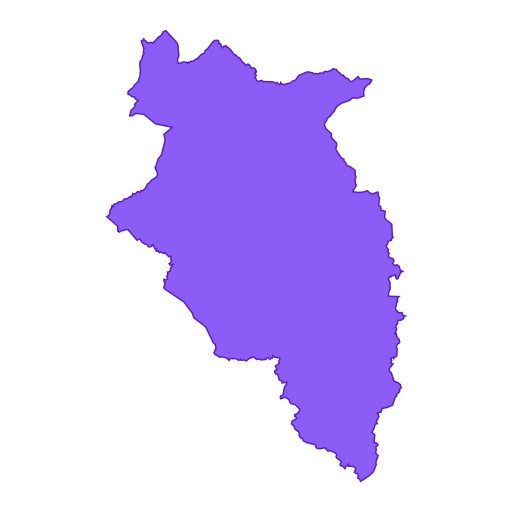 the district of Alto Molocue, Zambezia, Mozambique
{"feature_id": "85939544B55280380491119", "entity_name": "Alto Molocue", "entity_type": "district", "adm_level": 2, "iso_a3": "MOZ", "parent_name": "Mozambique", "parent_adm1": "Zambezia", "projection": "albers", "projection_center": [37.642, -15.703], "detail": "fine", "context": "isolated", "style": "filled", "palette": "violet", "viewbox_px": 512, "rotation_deg": 0, "n_neighbors": 0, "source": "geoboundaries", "source_scale": "gbopen_adm2", "svg_char_len": 5994}
<svg xmlns="http://www.w3.org/2000/svg" viewBox="0 0 512 512"><path d="M247.9,64.0L245.8,65.4L245.0,65.0L244.3,63.3L242.7,62.5L239.5,57.9L237.5,57.0L235.9,55.0L234.1,54.7L230.4,49.5L226.8,46.7L225.9,46.8L225.8,45.1L225.4,46.2L224.1,46.2L222.2,47.8L220.4,43.6L218.9,43.4L218.6,40.8L217.5,40.3L214.5,40.5L212.7,41.9L207.4,49.0L205.5,50.2L204.2,53.3L201.7,54.2L198.1,57.6L198.1,58.8L196.8,58.7L192.7,61.3L190.8,61.3L189.7,62.5L188.7,62.1L187.9,63.3L186.4,62.3L183.2,62.0L179.0,63.6L178.2,63.1L177.4,60.0L178.8,55.7L178.0,45.0L176.8,42.6L165.9,30.7L163.2,31.8L161.0,35.7L158.7,36.9L152.8,43.2L150.8,42.3L149.1,43.1L146.8,42.3L145.4,40.5L143.9,40.1L143.7,38.0L143.5,39.7L141.3,41.0L143.2,46.4L143.9,49.5L143.2,52.2L144.1,53.2L142.5,55.7L141.7,60.0L140.4,60.9L139.7,64.0L140.4,70.2L139.9,77.5L138.8,78.5L138.3,81.4L134.3,85.2L132.5,88.3L130.3,89.4L128.0,91.9L128.1,94.4L129.5,94.6L132.1,96.8L134.4,96.8L135.2,98.8L138.0,100.6L134.6,104.3L135.1,106.0L133.3,108.7L131.3,109.8L129.7,115.8L132.2,115.7L135.9,113.4L143.7,114.2L155.5,123.8L172.3,127.3L163.9,134.4L165.2,139.6L161.5,154.9L158.2,158.8L155.7,167.1L155.0,167.7L157.4,172.7L157.4,175.3L156.3,177.1L151.1,180.5L149.5,183.0L147.7,183.7L144.8,189.2L141.8,190.9L141.0,190.5L140.3,192.2L137.6,191.6L135.6,193.5L133.7,194.1L132.8,193.5L131.8,196.7L130.5,196.4L127.5,198.5L124.2,199.2L122.0,201.6L118.3,202.0L117.2,203.4L114.0,204.3L113.1,205.3L113.2,206.7L111.9,205.9L111.3,208.8L110.5,209.2L109.8,211.4L110.2,212.8L108.9,215.2L106.7,216.7L117.6,226.0L117.9,231.4L119.3,232.1L121.7,230.6L123.1,230.7L125.5,229.5L128.2,229.9L137.0,240.2L139.8,239.0L142.0,242.1L144.8,244.1L146.8,244.4L148.6,246.9L151.0,246.7L152.9,244.6L155.0,248.9L156.6,249.0L156.0,250.5L156.4,251.2L158.5,251.2L159.4,252.7L161.0,252.0L163.7,253.6L164.8,252.6L168.7,256.6L171.1,256.3L170.7,259.1L171.4,261.2L170.7,262.8L169.1,263.7L170.2,265.2L172.9,264.3L171.8,267.0L170.6,267.9L170.1,271.1L167.4,272.2L167.8,274.6L166.7,276.3L167.6,278.9L165.6,280.2L164.4,279.2L163.9,279.5L164.0,281.5L165.2,282.6L164.4,284.2L164.9,285.4L163.7,287.4L164.6,289.0L184.0,302.0L192.2,313.0L193.9,317.8L205.5,326.7L213.1,342.3L215.4,345.0L216.0,348.2L213.9,352.7L214.7,354.1L219.7,357.2L223.1,356.9L227.0,358.3L229.1,360.4L229.6,358.7L235.8,358.6L238.5,360.3L240.3,359.5L241.2,360.3L244.0,360.0L246.4,360.9L248.8,358.8L253.2,356.9L257.0,359.6L258.9,359.0L260.6,359.2L260.9,359.9L266.1,359.4L266.5,357.9L267.9,357.6L270.0,359.5L271.2,358.1L272.4,357.9L272.6,355.7L274.7,357.4L279.5,357.8L279.8,359.3L278.8,361.3L279.1,363.5L275.3,366.1L276.9,369.1L274.7,371.0L274.8,372.4L275.6,373.9L277.1,374.2L278.1,375.4L279.2,379.9L281.9,381.1L282.1,383.0L286.8,382.2L286.4,384.9L285.4,385.4L284.0,388.7L283.1,394.7L280.5,396.2L280.3,398.2L280.8,398.8L284.7,397.3L286.7,398.1L289.1,399.7L289.6,401.8L290.9,403.6L295.3,404.6L299.7,409.3L299.9,410.1L297.8,413.2L294.5,414.8L294.7,416.4L296.6,417.6L296.1,419.2L292.2,420.9L291.4,423.8L293.9,426.1L294.9,429.0L299.4,432.7L299.1,435.5L300.2,437.6L302.7,438.8L303.1,440.7L306.6,442.6L315.2,444.6L316.2,447.7L317.3,448.5L320.4,448.7L324.9,447.7L327.9,451.1L331.4,450.9L335.8,453.4L336.7,454.7L336.1,456.6L336.7,458.0L341.4,461.4L340.1,464.5L340.5,465.7L342.9,466.2L344.9,468.7L345.9,466.4L348.6,464.3L348.4,466.2L353.6,466.6L355.9,468.4L354.4,472.1L355.8,473.3L357.7,473.7L358.3,475.2L357.6,478.2L359.3,478.9L360.7,481.3L368.6,476.2L373.5,471.6L376.3,464.4L375.8,462.4L378.1,455.5L375.7,453.2L376.2,449.4L375.8,447.3L378.1,444.7L376.5,443.0L374.1,442.4L374.8,435.0L371.8,432.3L373.9,428.8L375.3,424.0L377.2,423.7L376.3,421.2L378.9,416.7L378.3,414.4L377.1,413.2L381.1,412.0L382.1,408.5L387.4,407.4L392.5,405.1L395.4,396.7L396.6,396.1L396.6,394.4L399.5,391.7L399.8,389.2L401.2,387.7L400.3,384.6L398.7,383.1L394.0,381.1L391.2,372.5L389.4,371.2L389.1,368.9L393.0,363.9L390.9,363.2L391.7,360.6L390.5,359.1L391.3,358.8L391.5,357.8L392.9,357.7L393.8,358.6L393.9,357.6L396.2,356.5L396.9,355.2L397.1,348.5L396.2,346.2L398.0,343.6L399.4,342.9L399.7,341.5L399.1,339.4L398.1,339.0L396.9,336.7L396.2,333.5L394.9,333.7L396.7,329.1L395.6,326.1L397.4,323.8L398.2,320.2L401.2,320.2L403.5,318.6L404.1,316.4L405.3,316.0L402.7,315.1L402.1,312.6L397.8,312.6L397.7,311.3L395.9,309.9L395.4,306.9L396.2,306.1L396.5,302.9L397.8,301.1L397.3,300.2L398.0,297.4L398.9,296.6L388.3,296.2L388.7,292.5L390.2,288.5L390.0,282.5L388.3,279.0L389.1,277.3L390.9,276.9L390.6,276.0L393.5,275.7L395.4,274.5L396.2,278.5L396.7,279.0L398.0,278.5L400.5,272.6L402.8,271.3L401.1,270.6L400.6,271.3L399.2,266.4L397.0,264.7L394.6,265.7L392.5,263.1L394.0,260.7L392.8,258.5L389.8,257.8L388.5,256.7L389.0,252.9L387.9,251.6L388.5,249.8L385.9,246.1L387.4,244.4L388.3,241.3L391.5,240.1L391.5,238.5L393.1,237.5L392.3,236.3L391.8,224.2L385.9,219.6L384.5,217.2L385.3,211.3L381.2,210.1L380.7,206.9L378.6,205.0L379.6,197.8L378.1,195.8L378.2,192.5L377.8,192.0L372.7,193.8L370.0,193.1L367.4,190.7L362.9,192.2L357.5,192.4L352.7,191.7L356.3,185.3L355.2,182.9L355.1,179.2L356.0,177.1L355.0,174.9L355.3,171.2L354.5,169.9L350.4,166.8L346.8,165.5L345.7,162.7L344.2,161.4L343.8,159.1L341.2,157.8L336.5,150.5L335.7,148.4L336.6,146.1L336.6,143.1L331.6,137.8L331.3,133.5L326.3,129.2L324.7,126.1L324.5,123.4L326.6,120.6L327.1,118.5L329.8,116.4L334.2,111.3L336.3,107.2L339.0,104.9L342.0,103.0L349.5,100.4L352.5,97.9L357.8,98.1L363.9,96.1L363.6,91.3L364.6,88.3L366.5,85.6L369.9,83.6L371.8,80.0L366.9,78.5L359.9,79.2L358.1,76.6L352.4,81.4L350.4,81.6L348.1,78.7L346.2,78.3L343.9,76.3L343.4,75.1L341.2,75.4L340.6,73.7L337.1,71.1L336.5,69.5L332.6,68.8L331.6,70.1L327.3,71.8L325.7,71.3L324.0,71.9L323.2,73.2L320.2,73.0L318.5,73.7L313.5,73.6L312.6,72.8L307.5,71.8L298.8,75.5L295.7,79.9L292.0,81.4L290.5,83.0L283.5,84.5L281.6,83.9L280.7,82.6L280.5,84.1L279.5,84.8L276.8,82.4L275.8,83.4L274.7,83.3L274.2,82.3L271.0,81.7L262.9,81.6L262.1,80.4L258.2,81.4L256.6,80.7L255.9,78.5L254.8,77.7L256.4,75.5L254.9,73.4L256.5,71.9L256.3,71.3L255.5,71.5L255.8,69.8L254.7,68.3L250.8,67.6L250.1,65.6L247.9,64.0Z" fill="#8b5cf6" stroke="#5b21b6" stroke-width="1.5"/></svg>